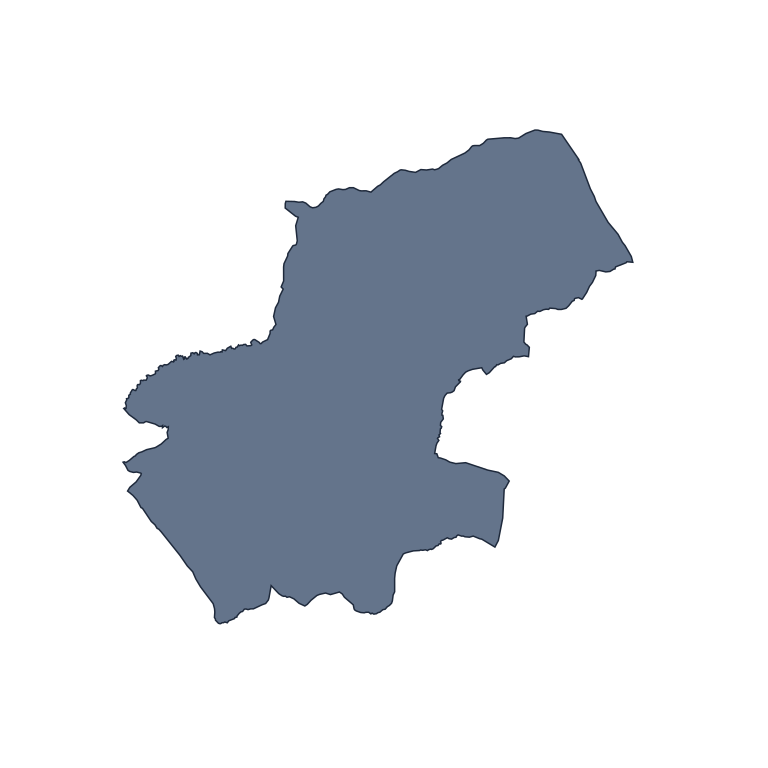 outline of Ludesti, Dâmbovita, Romania, rotated 66°
{"feature_id": "2599482B18388771363687", "entity_name": "Ludesti", "entity_type": "district", "adm_level": 2, "iso_a3": "ROU", "parent_name": "Romania", "parent_adm1": "Dâmbovita", "projection": "robinson", "projection_center": [25.213, 44.925], "detail": "fine", "context": "isolated", "style": "filled", "palette": "slate", "viewbox_px": 768, "rotation_deg": 66, "n_neighbors": 0, "source": "geoboundaries", "source_scale": "gbopen_adm2", "svg_char_len": 6158}
<svg xmlns="http://www.w3.org/2000/svg" viewBox="0 0 768 768"><g transform="rotate(66 384 384)"><path d="M578.1,349.0L573.5,343.2L554.8,330.1L528.8,316.9L528.5,315.5L523.6,309.1L516.9,311.5L511.2,315.5L504.8,324.3L489.1,341.4L485.9,350.8L482.1,355.7L478.4,358.4L474.6,362.5L473.4,364.4L469.2,364.1L468.1,366.0L461.6,361.6L459.6,359.7L457.8,356.8L455.5,357.3L455.0,356.5L454.8,354.7L452.9,354.5L452.2,352.5L451.3,352.6L447.9,350.7L447.6,349.6L446.4,348.6L444.8,349.3L442.1,347.8L440.0,344.0L436.6,343.0L436.0,343.7L434.5,343.1L432.4,341.3L430.6,341.7L421.3,335.3L419.3,332.9L418.0,330.0L419.0,326.8L419.1,325.0L418.6,322.7L415.7,319.9L413.1,313.4L412.6,313.0L411.3,314.3L410.5,314.1L410.6,312.9L407.8,308.0L406.4,304.6L406.2,301.7L406.6,297.1L408.9,288.1L411.5,288.0L416.9,286.5L416.5,283.2L413.2,275.8L413.5,275.1L412.2,273.1L412.9,272.2L412.6,269.0L413.6,265.4L412.6,262.4L412.7,257.4L411.4,254.5L412.7,252.9L414.2,249.3L415.3,244.5L417.8,240.9L409.6,236.3L406.5,237.4L405.2,238.4L402.5,239.1L390.3,232.9L389.5,232.0L387.8,228.7L379.9,226.6L380.2,225.5L379.9,221.5L381.0,217.6L380.0,214.1L381.1,212.1L381.0,208.1L381.6,205.5L382.8,203.2L382.1,201.7L385.0,196.4L386.5,195.0L388.0,191.8L388.9,186.9L387.7,183.5L385.0,178.4L385.0,176.3L383.6,175.3L383.5,174.5L384.2,171.2L387.1,168.8L387.0,168.1L382.7,161.5L378.3,156.5L376.0,152.3L371.0,146.4L367.0,144.3L367.8,141.1L371.8,135.8L373.1,131.8L372.5,127.3L372.9,126.3L371.2,124.8L371.7,113.5L371.1,112.4L374.0,107.2L368.1,106.2L355.6,107.5L351.4,108.6L342.4,109.3L327.5,113.5L303.4,116.1L298.1,115.6L289.7,116.1L262.3,114.5L258.2,115.2L258.1,114.7L228.1,120.2L221.1,130.4L217.8,136.3L214.7,140.1L213.4,142.8L212.9,152.4L214.1,161.1L213.1,164.4L210.6,168.1L208.0,174.0L202.6,189.6L202.8,191.3L204.5,195.3L205.1,199.6L203.1,204.0L202.5,205.9L202.7,207.3L204.7,211.1L205.9,216.1L206.2,231.2L207.7,236.7L208.0,241.5L209.4,246.4L209.3,248.1L208.9,250.6L207.4,252.2L205.8,258.1L203.1,263.1L203.5,269.1L200.0,274.6L197.4,277.6L195.3,281.2L195.1,282.4L195.6,285.2L195.7,288.9L199.0,301.8L200.6,306.4L200.8,309.4L203.4,317.9L200.2,321.8L198.3,326.3L197.1,328.0L192.2,332.1L190.6,335.8L190.6,340.0L189.7,342.5L187.3,346.2L186.7,348.6L186.4,355.3L187.8,358.5L187.9,360.1L189.4,361.5L190.3,363.4L192.5,365.2L193.3,368.3L194.7,371.5L194.9,374.2L194.0,377.5L192.0,379.5L187.0,381.8L184.5,384.2L183.3,387.9L180.9,391.5L177.2,399.3L179.0,400.8L183.1,402.7L194.7,396.6L196.8,394.5L203.5,400.3L217.9,405.0L220.8,407.3L221.1,408.2L220.6,410.6L220.8,411.3L225.7,418.7L227.9,420.0L233.4,426.4L236.2,428.1L249.1,433.8L253.5,438.5L256.3,437.5L261.3,443.5L266.4,447.1L270.2,452.1L277.4,457.4L285.7,458.5L287.2,461.4L289.2,463.7L288.9,465.7L289.3,466.5L291.5,467.5L296.1,472.3L296.3,477.9L297.1,479.7L296.8,480.7L295.2,481.1L290.8,484.0L290.4,484.9L290.5,486.0L291.7,488.8L294.5,488.9L294.8,490.0L293.5,493.7L291.5,494.3L290.8,496.3L291.1,497.7L290.3,498.8L290.2,500.4L289.1,501.0L290.5,502.9L290.3,504.3L291.3,505.6L291.1,506.7L289.8,507.6L289.5,508.7L287.2,508.6L287.6,512.6L289.1,515.1L287.1,517.8L288.8,518.9L288.1,519.9L288.3,520.8L287.3,522.9L286.6,526.6L286.6,531.1L284.1,532.9L282.7,536.3L280.6,537.0L279.1,538.6L282.2,540.8L281.5,542.5L280.2,542.0L278.7,543.0L278.6,544.0L279.2,545.2L277.7,545.9L277.3,547.8L279.5,549.0L280.1,552.0L280.8,552.5L281.0,554.0L278.3,554.6L278.2,555.3L279.8,555.9L280.0,556.9L276.5,556.7L276.2,557.9L275.3,558.5L275.5,560.0L274.1,560.1L273.6,561.4L274.0,563.0L276.3,563.4L277.5,564.3L276.8,565.2L276.8,566.4L278.0,566.7L278.2,567.3L276.9,568.9L278.3,573.3L278.0,575.2L277.1,576.5L277.1,578.2L277.9,579.2L276.5,580.1L276.2,580.9L277.3,583.5L278.9,583.7L279.8,584.9L279.3,587.6L281.5,588.5L281.7,589.0L281.8,592.4L281.5,594.3L279.9,595.7L279.6,597.0L279.9,597.8L281.3,597.5L282.4,598.0L283.8,599.8L282.7,601.9L282.9,602.8L281.9,604.1L281.8,605.1L284.4,606.3L285.1,607.6L284.4,609.1L284.6,609.7L285.3,610.3L287.2,610.8L287.9,612.4L289.0,613.3L288.8,614.0L286.9,615.6L286.9,616.3L289.1,619.5L290.2,619.9L290.5,621.7L292.7,622.7L293.0,623.7L292.7,625.2L293.9,625.5L295.9,627.9L298.9,628.2L301.4,629.6L301.5,630.1L300.4,630.6L300.5,631.7L308.3,629.3L316.0,624.9L319.9,623.4L321.7,619.4L321.4,617.1L321.7,616.2L327.5,609.4L331.3,606.6L332.2,604.5L331.9,603.2L333.8,604.1L333.2,601.6L333.9,600.6L335.4,600.1L335.3,598.4L338.0,599.8L340.0,601.8L345.7,603.2L346.1,605.8L348.2,611.9L349.0,617.9L349.0,619.3L347.4,627.6L347.5,632.9L347.1,636.0L347.7,639.0L348.5,640.2L348.5,642.0L350.2,647.7L350.8,651.6L349.4,653.0L349.3,654.2L353.3,653.3L358.8,653.0L360.5,651.8L362.9,648.8L363.8,645.8L366.5,642.4L367.2,642.2L368.6,643.4L372.6,650.2L375.0,658.2L377.5,661.8L383.6,658.7L389.7,656.8L398.0,656.3L399.4,655.2L415.0,652.5L419.5,650.5L423.6,650.0L425.0,648.8L428.3,647.7L457.5,640.1L470.2,637.7L477.8,635.1L485.5,635.2L494.8,634.1L515.2,629.4L520.3,630.2L523.5,631.3L528.4,633.9L530.0,633.6L531.2,634.0L535.2,632.6L536.1,631.6L536.5,630.7L536.2,629.0L536.8,627.7L536.7,626.2L538.4,624.3L537.2,622.1L537.5,616.0L536.7,615.1L537.1,613.2L536.1,612.5L534.6,609.5L534.0,607.4L534.3,605.7L532.9,603.2L533.4,601.6L534.8,600.0L535.2,597.3L536.3,594.7L536.1,585.2L536.4,581.4L534.3,577.5L532.5,576.0L522.3,569.1L532.7,565.4L536.0,563.3L537.1,562.1L537.8,560.3L539.4,559.4L539.9,556.9L540.5,556.4L543.6,553.7L549.8,550.8L554.6,546.6L554.1,543.7L551.9,538.6L549.9,531.3L550.0,528.4L551.2,522.4L554.6,518.6L555.9,509.3L558.9,507.5L562.7,506.9L573.2,501.9L577.3,502.8L578.4,502.7L580.0,501.7L583.3,498.2L585.0,495.1L585.2,493.4L586.3,490.8L588.7,489.5L588.5,488.1L590.1,486.9L590.8,484.2L590.4,482.8L590.8,480.6L589.7,476.9L590.2,474.5L588.8,471.5L588.5,469.1L587.4,466.3L585.6,464.6L580.5,461.5L578.2,458.8L565.8,453.3L561.4,450.8L555.3,446.3L547.1,435.5L547.1,432.9L548.4,425.0L550.6,419.2L550.5,418.2L551.7,416.2L552.3,413.6L553.9,412.0L553.5,410.7L553.9,408.3L554.5,407.8L554.5,406.0L553.1,402.2L553.5,400.3L552.5,398.6L553.2,397.3L552.6,396.6L551.1,396.5L550.3,395.3L550.6,393.6L550.2,388.7L551.8,387.5L553.2,385.3L552.8,382.5L553.3,380.5L552.4,379.5L552.0,377.7L554.6,374.9L555.1,373.5L556.5,372.2L558.7,368.2L559.2,364.4L564.4,359.4L565.5,357.8L578.1,349.0Z" fill="#64748b" stroke="#1e293b" stroke-width="1.5"/></g></svg>